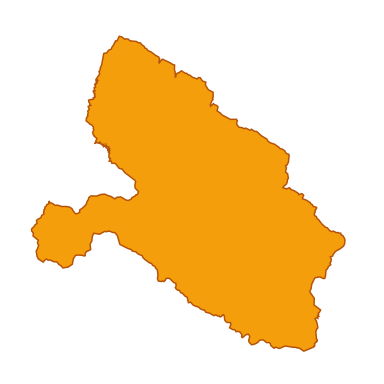 the district of Mae Mo, Lampang, Thailand, rotated 275°
{"feature_id": "78962969B1681063104850", "entity_name": "Mae Mo", "entity_type": "district", "adm_level": 2, "iso_a3": "THA", "parent_name": "Thailand", "parent_adm1": "Lampang", "projection": "albers", "projection_center": [99.839, 18.409], "detail": "fine", "context": "isolated", "style": "filled", "palette": "amber", "viewbox_px": 384, "rotation_deg": 275, "n_neighbors": 0, "source": "geoboundaries", "source_scale": "gbopen_adm2", "svg_char_len": 5910}
<svg xmlns="http://www.w3.org/2000/svg" viewBox="0 0 384 384"><g transform="rotate(275 192 192)"><path d="M109.2,49.9L112.0,51.9L112.4,53.3L111.5,54.6L111.9,56.6L110.5,60.4L110.6,63.4L108.4,65.5L107.0,68.0L105.1,70.1L106.4,75.1L109.6,79.1L115.0,79.6L118.6,81.4L119.2,83.3L119.4,87.8L118.9,89.9L119.2,91.1L121.3,91.0L123.3,91.9L125.8,96.1L131.1,95.0L134.6,96.5L138.5,96.5L142.3,97.6L141.9,103.6L145.1,108.4L145.0,110.3L145.9,112.9L144.8,116.6L144.8,118.7L141.9,121.5L133.5,124.7L130.1,133.2L129.4,136.5L127.9,137.6L127.6,141.1L125.5,143.8L124.2,147.9L122.1,149.1L120.1,151.8L117.5,156.3L117.5,157.7L115.4,159.3L114.8,161.4L113.1,162.3L111.5,164.2L106.0,165.4L102.7,165.1L100.4,166.2L100.1,169.5L100.9,170.5L100.3,171.8L101.5,173.0L103.4,173.6L104.0,175.2L103.9,177.3L100.3,181.6L99.6,183.9L96.7,184.4L95.4,183.7L94.0,184.7L93.0,186.2L93.0,188.1L90.8,189.4L90.2,191.4L87.7,194.1L86.8,196.3L81.4,198.1L82.1,200.3L79.6,202.8L78.5,205.5L78.0,208.6L76.4,210.4L75.4,213.5L75.6,214.5L73.4,216.3L72.8,220.3L70.9,224.1L70.8,225.0L71.8,226.4L70.6,228.6L70.8,230.0L70.0,230.9L70.6,232.2L72.4,233.3L72.4,234.0L71.5,234.9L67.4,235.7L66.2,236.6L65.1,238.3L65.2,241.6L64.4,242.1L63.4,242.3L60.0,241.3L58.5,244.6L58.4,246.8L56.6,248.2L57.2,250.1L56.7,251.8L54.2,254.2L52.3,254.0L51.5,254.4L51.4,255.1L54.6,258.3L55.2,260.5L54.9,261.0L53.1,262.1L48.9,261.4L47.1,262.2L45.1,264.5L45.4,266.3L46.7,269.0L48.0,270.7L50.2,272.3L50.9,274.9L50.4,276.7L48.5,279.2L48.7,281.7L48.2,283.0L45.8,284.0L43.5,287.4L44.7,288.9L43.8,292.8L46.7,298.2L46.1,306.9L46.4,309.3L45.7,310.6L46.0,312.2L43.2,317.3L48.2,326.8L48.8,326.7L49.3,327.7L51.8,327.3L53.7,329.3L53.9,328.9L54.8,329.7L55.7,329.6L56.3,328.9L63.3,327.5L66.4,328.2L67.5,329.2L69.1,328.9L74.1,327.3L76.5,325.6L77.7,327.2L77.1,328.3L78.2,328.2L79.1,329.2L79.8,327.9L80.7,328.9L82.2,328.3L83.2,329.4L85.7,330.4L90.1,323.4L96.7,323.1L102.9,318.0L106.3,319.1L110.5,319.3L116.6,321.6L117.4,322.4L118.6,326.8L117.2,330.4L117.5,331.8L120.0,332.3L125.7,332.3L127.4,333.7L129.7,334.4L131.6,336.5L133.2,335.7L134.9,336.5L137.1,336.7L139.4,335.4L140.4,337.7L142.1,338.1L145.3,340.1L148.5,344.7L151.2,347.6L153.4,348.5L157.2,348.6L159.1,348.0L161.6,346.1L162.6,344.2L164.0,343.7L163.8,341.9L164.4,341.3L164.1,339.2L165.4,336.3L164.7,334.8L165.5,332.5L168.0,330.1L168.7,327.8L171.5,324.1L175.5,320.5L176.4,318.9L178.4,318.0L179.1,316.3L180.1,315.8L181.2,315.8L182.7,316.5L183.8,316.0L186.7,317.6L187.6,317.4L188.2,314.1L190.0,312.8L190.6,311.4L191.8,310.7L194.0,306.2L194.8,303.0L195.7,302.5L198.1,303.6L199.4,302.7L199.9,301.1L198.6,298.6L200.1,297.8L202.2,293.6L203.2,290.0L204.0,289.8L204.7,288.5L203.3,285.8L204.2,282.3L205.1,282.4L208.2,285.4L210.3,286.0L212.7,286.0L214.0,286.8L218.5,285.7L220.0,283.4L224.5,284.0L225.8,282.9L226.6,283.1L227.1,284.3L230.3,285.5L237.4,285.5L238.0,284.9L238.7,282.5L241.2,280.7L242.6,278.1L242.9,276.0L244.3,274.4L246.8,270.1L247.8,265.8L249.2,263.3L251.3,261.9L254.0,256.3L257.9,251.2L257.9,249.0L259.7,245.8L258.8,245.1L258.7,244.1L260.3,240.0L259.6,238.0L260.5,236.4L260.6,233.2L263.1,230.8L264.9,230.4L266.8,231.0L268.3,229.9L267.7,224.0L271.4,215.1L272.9,213.7L275.0,209.9L279.0,210.5L280.3,209.3L280.9,206.9L281.9,205.7L279.1,203.1L280.4,202.6L284.7,203.9L286.1,204.9L287.5,204.2L288.4,204.8L293.2,204.3L295.4,199.2L299.9,196.0L302.6,196.2L303.5,192.7L306.6,190.2L306.6,188.5L305.1,187.3L306.3,182.5L308.2,179.7L308.6,177.5L309.7,176.6L309.7,174.9L311.8,170.9L309.6,168.4L309.1,166.9L307.4,166.0L305.2,165.8L305.1,165.4L310.3,164.7L311.8,163.9L317.0,163.6L317.2,162.1L318.9,158.7L321.7,151.1L321.4,150.5L317.8,148.1L318.3,147.7L321.8,148.2L323.7,146.9L324.8,144.0L328.0,139.0L328.8,136.1L330.9,134.1L331.1,132.8L332.7,131.8L334.6,128.8L336.0,127.7L336.1,125.5L337.1,123.4L337.2,117.2L338.8,114.9L338.8,112.8L338.2,111.7L340.3,108.8L340.8,106.0L335.9,104.1L335.9,102.6L334.6,102.5L334.0,101.7L332.8,101.6L329.0,99.5L327.4,99.2L325.9,96.5L323.0,94.8L322.6,92.3L322.2,92.0L310.8,90.9L307.5,89.8L305.6,89.9L303.8,88.8L301.6,89.8L296.9,87.1L295.7,87.3L295.1,88.6L294.3,88.0L293.2,88.0L294.5,86.7L292.1,87.3L291.5,86.1L290.4,85.8L290.4,86.7L289.0,86.3L288.1,86.8L287.3,85.4L284.3,86.4L284.5,85.4L283.8,84.8L281.8,85.9L281.7,86.6L280.6,86.4L280.2,86.9L279.2,86.4L278.2,87.3L277.1,85.4L276.2,85.9L275.6,85.6L275.6,84.1L274.5,81.0L272.6,81.4L271.7,82.3L270.2,82.5L269.5,83.6L268.3,81.1L265.4,82.4L263.6,81.1L262.1,81.6L259.3,81.3L258.4,81.6L256.7,80.4L253.6,80.4L251.6,83.5L250.6,84.3L250.2,86.1L248.0,88.2L246.4,88.1L245.4,88.8L242.6,87.8L240.4,88.7L239.7,89.7L239.0,89.7L237.1,92.6L232.1,91.1L232.3,91.9L233.2,92.3L232.4,94.9L233.5,95.4L233.7,96.1L233.3,96.6L232.4,96.3L231.8,97.1L231.9,98.3L230.7,98.7L231.7,99.9L229.6,100.0L230.4,100.9L229.3,102.0L231.3,102.4L229.0,103.2L230.0,103.6L229.7,105.1L228.3,105.1L228.3,106.0L227.8,106.4L226.6,105.7L228.1,104.7L228.0,104.2L225.9,104.5L225.5,105.0L225.7,106.3L224.1,105.4L223.5,106.7L222.3,106.0L219.3,106.2L218.4,106.9L218.3,107.8L215.6,106.8L215.7,108.7L213.6,109.7L213.8,112.6L213.2,113.8L209.4,117.1L208.9,118.6L208.9,120.2L205.6,123.2L198.6,134.2L197.6,134.9L194.0,134.5L191.0,135.0L187.6,138.7L184.7,137.8L184.4,136.5L182.9,135.5L181.3,132.8L179.7,132.1L178.1,129.6L178.1,127.4L180.9,121.4L180.1,117.4L178.4,115.9L180.7,111.2L180.9,109.3L182.3,105.1L181.6,101.4L179.6,97.3L179.3,91.6L177.5,89.7L175.4,89.4L173.9,88.5L170.2,87.5L167.2,85.1L164.3,81.7L161.7,81.8L160.1,78.5L160.3,77.7L162.4,75.6L164.8,74.0L166.3,71.5L166.6,68.1L166.2,63.7L167.2,59.0L166.7,57.0L168.5,54.0L168.9,51.6L170.2,50.6L169.9,50.2L167.8,50.3L166.8,48.4L165.6,48.2L164.1,46.8L162.5,46.9L161.2,46.0L159.9,46.4L159.0,45.8L157.2,46.5L155.7,44.3L153.3,43.7L150.8,40.0L149.8,39.6L147.2,40.4L145.5,38.4L144.0,37.8L141.5,35.6L140.2,35.4L139.0,35.8L137.4,37.5L134.3,37.5L130.6,43.0L129.6,43.1L128.5,42.4L127.0,42.8L125.7,43.9L121.7,42.9L119.7,41.9L114.5,43.2L111.9,44.7L109.2,49.9Z" fill="#f59e0b" stroke="#b45309" stroke-width="1.5"/></g></svg>